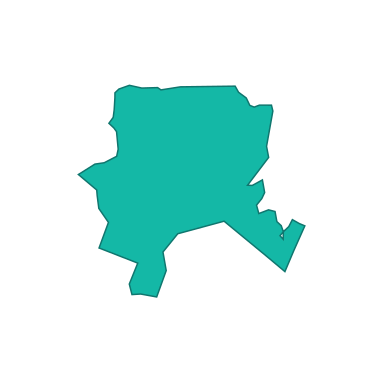 outline of Silveira Martins, Rio Grande do Sul, Brazil, rotated 39°
{"feature_id": "56859067B90684359487697", "entity_name": "Silveira Martins", "entity_type": "district", "adm_level": 2, "iso_a3": "BRA", "parent_name": "Brazil", "parent_adm1": "Rio Grande do Sul", "projection": "equal_earth", "projection_center": [-53.557, -29.638], "detail": "fine", "context": "isolated", "style": "filled", "palette": "teal", "viewbox_px": 384, "rotation_deg": 39, "n_neighbors": 0, "source": "geoboundaries", "source_scale": "gbopen_adm2", "svg_char_len": 942}
<svg xmlns="http://www.w3.org/2000/svg" viewBox="0 0 384 384"><g transform="rotate(39 192 192)"><path d="M288.0,165.4L282.5,162.0L276.6,161.6L268.8,154.9L262.7,157.7L257.5,166.7L250.4,161.6L250.4,153.2L248.8,146.7L239.1,138.3L234.7,149.0L230.9,151.8L229.8,116.9L221.2,109.6L203.9,78.2L199.1,74.5L189.7,82.1L186.9,86.9L182.4,88.3L175.0,84.8L165.4,85.2L158.9,82.6L116.8,117.6L103.6,132.2L99.6,132.5L87.6,142.8L76.2,148.5L70.4,158.0L69.7,163.4L72.8,167.3L79.8,177.1L83.8,183.6L84.2,190.9L91.0,191.4L95.4,192.6L107.7,205.2L111.0,211.7L105.3,224.6L99.0,231.4L92.7,249.9L116.7,250.4L120.5,254.4L129.9,263.4L146.2,268.2L155.0,294.0L194.6,281.4L201.2,303.0L209.9,309.5L216.3,303.6L230.6,295.8L221.4,269.3L207.2,256.9L207.2,233.4L235.3,194.5L291.1,195.0L314.3,195.4L308.0,173.5L301.0,147.3L295.2,149.0L287.4,150.3L289.0,158.0L288.0,165.4ZM288.0,165.4L292.6,171.3L287.9,170.6L288.0,165.4Z" fill="#14b8a6" stroke="#0f766e" stroke-width="1.5"/></g></svg>